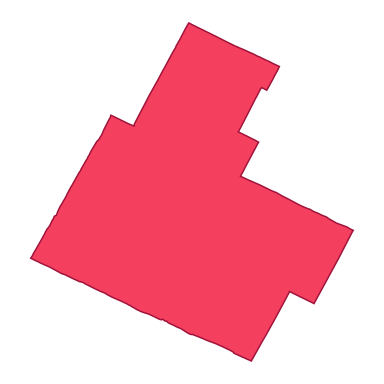 Gruia, Mehedinti, Romania (orthographic projection)
{"feature_id": "2599482B33990588848115", "entity_name": "Gruia", "entity_type": "district", "adm_level": 2, "iso_a3": "ROU", "parent_name": "Romania", "parent_adm1": "Mehedinti", "projection": "orthographic", "projection_center": [22.812, 44.277], "detail": "fine", "context": "isolated", "style": "filled", "palette": "rose", "viewbox_px": 384, "rotation_deg": 0, "n_neighbors": 0, "source": "geoboundaries", "source_scale": "gbopen_adm2", "svg_char_len": 3726}
<svg xmlns="http://www.w3.org/2000/svg" viewBox="0 0 384 384"><path d="M251.4,361.0L252.4,359.1L262.1,341.7L266.9,333.5L276.3,316.5L283.0,304.0L289.6,291.6L313.7,303.4L314.0,303.6L333.6,267.6L337.9,259.7L340.1,255.5L352.6,231.3L353.0,230.8L353.3,230.4L352.8,230.1L352.2,229.9L349.6,228.6L348.8,228.1L348.0,227.5L347.0,227.0L340.3,224.5L336.3,223.0L331.1,220.0L329.1,218.9L327.1,217.4L325.5,216.5L324.3,216.2L321.1,214.8L317.9,213.2L314.2,211.7L312.4,210.8L309.8,209.2L308.4,208.9L306.8,208.2L304.5,207.3L301.1,205.8L297.0,203.7L287.5,198.6L283.2,196.5L278.6,193.9L276.5,192.6L275.3,192.2L272.8,191.2L270.3,190.1L268.8,189.3L265.7,187.8L262.8,186.4L260.2,185.1L253.8,182.3L251.4,181.2L249.6,180.5L242.9,177.4L240.5,176.3L243.4,170.9L246.8,164.3L251.6,155.3L257.5,144.1L258.6,142.2L258.4,142.1L256.8,141.2L254.7,140.0L252.8,139.1L247.9,136.6L245.1,135.2L241.1,133.3L238.3,131.9L238.5,131.7L242.8,123.4L246.9,115.5L250.6,108.2L252.9,103.7L255.9,97.8L256.6,96.8L258.9,92.1L260.5,89.1L261.7,87.6L266.7,90.2L267.0,89.8L269.7,85.0L272.3,80.2L274.4,76.2L275.8,73.5L277.4,70.7L279.4,66.5L279.0,66.3L277.5,65.6L275.8,64.8L272.7,63.4L271.4,62.7L270.4,62.1L268.9,61.4L266.9,60.5L265.8,60.0L262.0,58.2L259.3,56.8L258.4,56.6L257.8,56.3L253.4,54.0L249.3,52.2L245.4,50.4L241.5,48.7L239.4,47.9L237.2,46.8L235.2,46.1L225.4,41.2L217.7,37.3L205.0,31.0L197.8,27.5L192.2,24.7L189.4,23.2L188.7,23.0L185.8,28.0L179.8,39.5L176.0,46.2L175.7,47.3L172.8,52.2L169.0,59.3L165.2,66.4L162.0,72.1L158.3,79.2L152.1,90.3L148.8,96.2L144.4,104.8L140.2,112.8L136.3,120.3L134.3,124.2L134.1,126.1L128.4,123.7L119.6,119.4L111.1,115.3L110.9,115.2L110.0,118.0L109.2,119.3L108.5,120.5L107.7,122.1L106.4,124.7L105.1,127.2L103.8,129.8L103.1,131.5L102.4,133.1L101.7,134.8L100.3,137.0L99.2,138.9L98.6,139.7L97.7,140.6L97.1,141.1L96.2,142.5L95.7,143.2L94.7,145.0L93.3,147.3L90.6,151.9L89.7,153.9L89.2,154.9L88.1,156.7L87.2,158.7L86.2,160.2L85.0,162.2L84.0,164.2L83.0,165.8L82.0,167.5L81.1,169.1L80.2,171.1L79.7,171.7L78.4,173.7L77.3,175.9L76.4,177.3L75.6,178.8L75.2,179.6L74.6,180.6L73.5,182.6L72.0,185.3L70.7,187.3L68.6,191.3L67.3,193.7L66.4,195.7L64.6,199.1L63.3,201.1L62.2,203.2L60.3,206.2L59.3,208.2L57.8,211.5L56.8,214.1L56.2,215.4L55.3,215.8L54.7,216.0L54.0,216.7L54.0,217.4L53.5,218.3L52.3,220.3L51.1,222.8L49.9,225.3L49.5,226.0L49.0,226.7L48.2,227.8L47.5,228.4L46.4,230.2L45.4,232.1L44.3,234.4L43.5,235.8L42.1,238.4L39.8,242.5L38.3,245.1L36.6,248.1L34.0,252.4L32.0,256.4L30.7,258.2L30.9,258.3L31.6,258.7L34.5,260.1L34.8,260.3L38.0,261.7L40.0,262.8L41.3,263.4L42.5,263.9L43.4,264.3L44.3,264.7L48.3,266.5L50.0,267.2L51.0,267.8L53.2,269.0L56.1,270.6L58.5,271.9L60.3,272.9L61.4,273.5L63.0,274.1L63.6,274.2L64.6,274.5L67.1,275.8L70.5,277.4L73.7,279.0L76.9,280.4L79.2,281.5L80.5,281.9L81.0,281.9L81.8,282.0L82.5,282.3L83.4,282.7L85.1,283.8L88.3,285.4L92.6,287.6L96.9,289.7L101.1,291.6L103.8,292.7L105.4,293.4L106.2,294.0L107.7,294.9L108.1,295.1L111.9,297.1L114.1,298.1L121.1,301.1L124.2,302.6L126.6,303.7L128.6,304.9L130.4,305.7L132.0,306.8L133.3,307.5L134.6,308.2L136.6,309.5L138.2,310.2L140.6,311.4L143.6,312.5L146.1,313.3L149.0,314.2L151.7,315.5L158.9,319.0L160.4,319.6L161.0,319.7L161.7,319.7L162.2,319.5L162.7,319.2L163.0,319.3L163.4,319.7L164.2,320.5L165.3,321.1L165.7,321.1L166.5,321.1L167.0,321.6L167.3,322.0L168.5,323.0L169.4,323.4L172.0,324.6L174.1,325.5L175.8,326.5L178.3,327.6L179.9,328.2L181.0,328.7L182.4,329.6L184.7,331.1L185.4,331.5L188.0,333.2L190.3,334.3L191.5,334.5L192.6,334.5L192.8,334.6L194.1,335.1L197.1,336.3L203.1,338.7L207.2,340.5L211.6,342.1L215.8,343.7L221.9,346.4L230.1,350.3L233.5,352.3L233.9,353.2L235.9,354.1L240.7,356.3L242.6,357.2L244.3,357.9L247.5,359.4L248.1,359.6L251.4,361.0Z" fill="#f43f5e" stroke="#9f1239" stroke-width="1.5"/></svg>